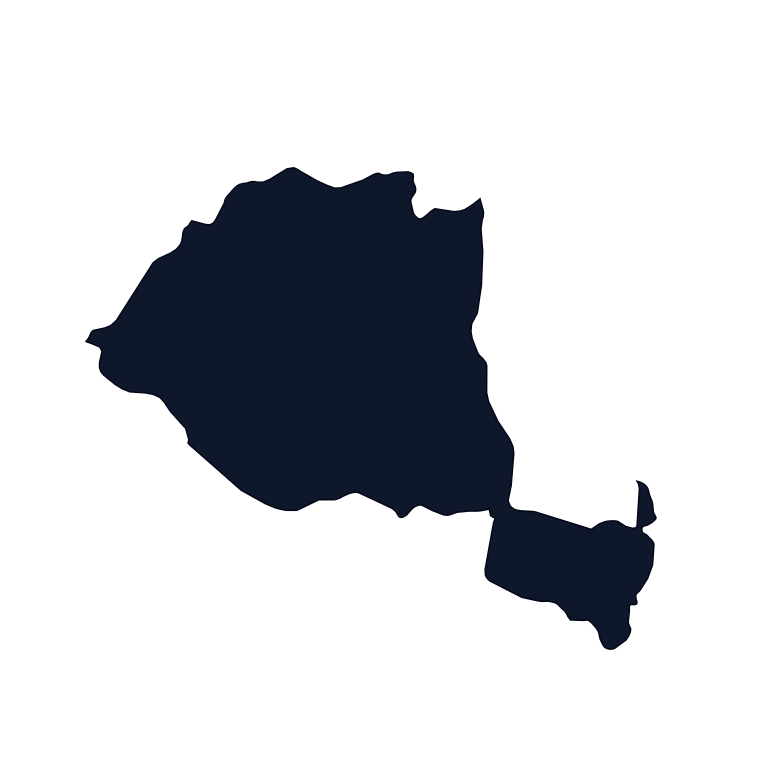 map outline of Jawzjan (orthographic projection), rotated 282°
{"feature_id": "AFG-1746", "entity_name": "Jawzjan", "entity_type": "Province", "adm_level": 1, "iso_a3": "AFG", "parent_name": "Afghanistan", "parent_adm1": "", "projection": "orthographic", "projection_center": [65.748, 36.744], "detail": "fine", "context": "isolated", "style": "filled", "palette": "ink", "viewbox_px": 768, "rotation_deg": 282, "n_neighbors": 0, "source": "natural_earth", "source_scale": "10m", "svg_char_len": 3895}
<svg xmlns="http://www.w3.org/2000/svg" viewBox="0 0 768 768"><g transform="rotate(282 384 384)"><path d="M363.6,83.7L367.9,85.7L373.6,86.9L375.9,88.4L380.7,99.2L383.0,102.7L384.9,105.0L390.4,109.0L454.6,133.0L459.8,137.5L467.8,148.2L472.8,153.1L478.5,156.0L481.9,156.5L491.3,155.9L494.4,156.6L498.4,160.0L501.1,160.8L503.7,162.1L503.5,164.5L502.9,176.0L503.1,177.9L503.4,180.1L504.0,181.3L505.1,182.6L505.7,183.3L506.5,183.9L509.6,185.2L527.4,190.1L531.7,190.3L534.3,191.2L544.4,196.9L547.2,199.0L549.3,201.4L551.0,205.1L552.1,208.4L553.5,210.5L554.2,212.0L554.7,213.7L555.0,215.2L555.1,218.0L556.1,223.4L556.7,224.5L560.6,230.0L574.2,244.3L576.7,250.6L576.4,252.7L575.6,255.7L575.3,256.3L574.7,257.8L568.9,275.9L566.6,286.0L565.3,294.6L566.7,300.9L571.1,308.0L579.0,321.1L586.0,329.3L587.9,332.0L588.9,334.3L588.9,335.8L588.6,337.1L588.2,338.6L588.4,341.1L589.4,344.9L592.3,349.3L593.8,352.9L596.5,363.6L596.1,366.8L595.3,368.8L593.9,369.4L589.3,370.1L587.9,370.5L583.2,373.7L581.2,374.4L579.5,374.7L577.9,374.6L571.9,372.3L570.5,372.0L569.2,372.0L568.0,372.2L558.1,376.7L555.4,378.8L553.0,382.6L552.9,385.1L554.4,387.5L559.6,391.9L562.3,393.6L566.0,397.3L567.1,416.3L568.7,421.9L571.3,426.7L578.2,433.7L585.1,439.4L574.1,445.1L572.3,445.7L568.6,446.2L564.8,445.9L555.9,446.6L534.2,453.0L500.5,458.8L472.9,460.5L461.2,457.2L453.4,458.1L446.5,460.9L434.3,468.9L432.7,470.3L431.8,471.4L429.0,475.8L426.0,479.2L423.2,480.7L396.8,486.2L388.7,489.8L371.2,503.1L356.4,518.3L349.3,523.3L342.9,525.4L311.1,529.5L295.7,529.6L291.0,532.6L289.8,534.5L288.4,537.9L288.2,541.1L288.4,544.3L290.2,556.0L290.3,559.0L284.9,617.0L291.7,623.4L295.3,628.9L296.5,631.9L297.6,635.8L298.1,638.8L298.2,641.2L294.9,650.0L294.5,657.0L295.4,659.8L297.2,661.1L334.6,655.6L337.2,654.7L339.1,653.8L341.5,651.8L341.3,654.2L340.6,657.6L340.1,659.2L339.3,660.6L338.4,661.9L337.5,662.9L336.5,663.7L335.4,664.5L330.6,666.8L325.5,670.2L322.9,671.5L314.6,674.2L313.6,674.8L310.7,677.3L309.8,677.8L308.6,677.8L307.0,677.0L304.1,674.7L302.0,672.4L300.6,670.6L299.3,668.1L298.5,667.1L297.6,666.4L296.5,666.2L294.9,666.5L292.8,667.6L291.9,668.7L291.5,670.0L291.3,671.1L291.0,672.1L290.5,673.0L289.0,675.0L287.4,677.7L285.4,680.1L284.2,680.9L282.7,681.5L262.8,684.3L248.8,682.3L235.4,677.3L233.9,676.4L231.4,674.5L230.4,674.3L228.8,674.3L226.0,675.3L223.1,676.8L222.1,677.0L221.2,676.5L220.3,674.9L219.9,672.4L219.7,671.5L219.1,670.7L218.0,670.3L216.6,670.3L213.5,671.1L201.8,672.4L199.1,673.7L196.1,676.0L194.5,676.4L192.5,676.4L189.0,675.9L184.0,674.0L175.6,666.5L174.0,665.1L172.6,663.2L172.1,661.9L171.7,660.5L171.5,658.8L171.7,656.9L172.1,655.2L173.2,653.5L175.1,651.8L179.7,648.3L185.5,645.7L186.7,644.9L188.2,643.5L190.1,641.5L193.9,636.3L195.0,633.9L195.5,632.3L194.1,627.6L192.0,615.4L195.1,612.0L196.4,611.1L198.7,609.0L199.7,607.7L201.8,604.0L204.2,600.5L205.1,598.6L205.7,596.4L205.8,592.2L205.7,589.6L205.2,587.4L204.6,585.3L204.2,583.1L203.9,580.2L204.0,563.3L213.1,529.4L214.1,527.0L216.3,524.4L217.9,523.1L223.5,521.5L271.3,520.0L274.6,520.6L275.5,520.5L276.1,519.9L276.3,518.3L277.6,515.5L283.5,513.0L280.3,505.4L279.1,501.7L277.4,493.6L273.8,482.2L269.4,474.9L268.6,472.2L268.5,469.0L270.3,457.7L273.3,446.4L273.3,445.1L272.9,443.4L271.4,440.8L269.9,439.1L268.2,437.6L260.9,433.5L259.2,431.9L257.9,430.4L257.1,428.7L257.0,427.3L257.6,426.0L259.9,423.7L261.5,422.4L263.2,419.5L264.1,417.6L267.8,401.9L270.3,390.9L272.4,382.1L272.5,380.6L272.3,378.6L271.2,375.6L269.4,372.2L265.4,366.8L263.3,364.6L261.4,361.5L260.5,359.6L257.3,344.4L242.4,325.2L240.1,314.5L240.0,309.3L240.2,304.1L242.2,293.0L250.4,266.4L283.6,207.3L285.3,204.7L289.1,204.6L299.3,199.3L312.6,181.0L320.7,172.7L324.3,167.6L325.9,160.3L325.7,152.4L323.5,136.9L324.9,128.9L327.7,121.2L331.3,114.1L334.3,108.2L337.2,104.5L340.7,102.4L345.6,101.3L357.4,101.4L361.1,98.3L362.9,88.8L363.6,83.7Z" fill="#0f172a" stroke="#020617" stroke-width="1.5"/></g></svg>